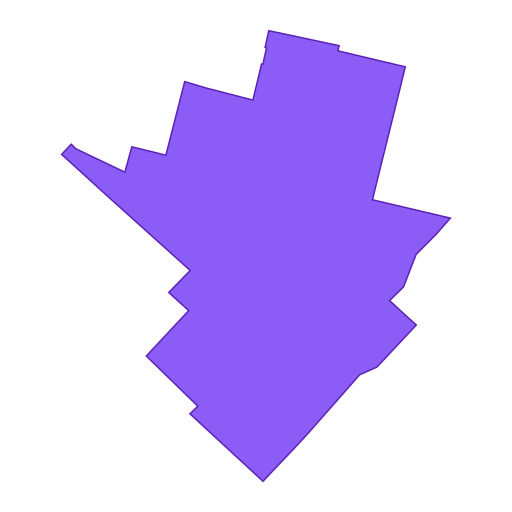 outline of Dolores, Buenos Aires, Argentina
{"feature_id": "61730980B96971314093631", "entity_name": "Dolores", "entity_type": "district", "adm_level": 2, "iso_a3": "ARG", "parent_name": "Argentina", "parent_adm1": "Buenos Aires", "projection": "robinson", "projection_center": [-57.606, -36.418], "detail": "fine", "context": "isolated", "style": "filled", "palette": "violet", "viewbox_px": 512, "rotation_deg": 0, "n_neighbors": 0, "source": "geoboundaries", "source_scale": "gbopen_adm2", "svg_char_len": 783}
<svg xmlns="http://www.w3.org/2000/svg" viewBox="0 0 512 512"><path d="M259.4,478.0L263.0,481.3L268.2,475.8L277.6,465.8L294.3,448.3L308.3,433.1L359.6,374.8L377.0,367.0L416.3,325.0L406.0,315.7L389.6,300.6L403.5,286.9L416.1,254.5L427.8,242.7L436.4,234.0L442.4,227.1L450.4,218.1L440.5,215.8L421.4,211.3L372.5,199.8L374.4,191.8L398.0,96.6L405.1,67.6L405.3,66.8L405.0,66.7L403.9,66.5L391.2,63.5L378.5,60.5L356.2,55.2L337.8,50.8L339.1,45.7L268.8,30.7L265.1,47.4L266.5,47.8L262.9,64.2L261.5,64.0L259.3,73.5L252.9,100.1L205.3,87.8L184.7,81.6L165.9,155.2L131.8,146.8L124.9,172.2L75.9,148.8L71.2,144.2L61.6,154.4L105.8,194.6L190.2,270.5L168.8,292.4L174.2,297.5L188.7,310.6L146.3,356.0L197.8,406.2L189.9,413.8L249.8,469.1L259.4,478.0Z" fill="#8b5cf6" stroke="#5b21b6" stroke-width="1.5"/></svg>